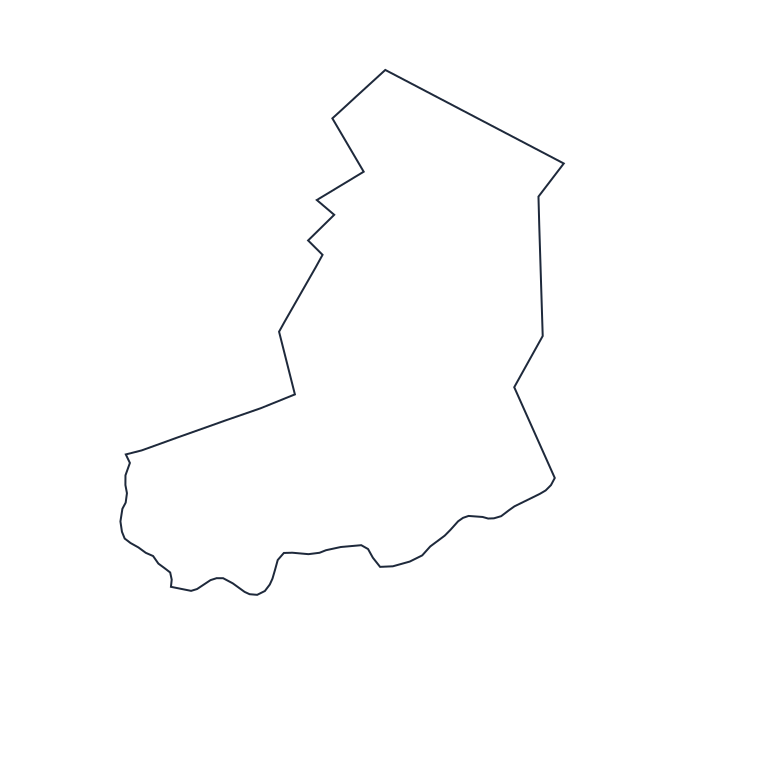 Lagoa do Piauí, Piauí, Brazil (Albers equal-area conic projection), rotated 118°
{"feature_id": "56859067B46301413815752", "entity_name": "Lagoa do Piauí", "entity_type": "district", "adm_level": 2, "iso_a3": "BRA", "parent_name": "Brazil", "parent_adm1": "Piauí", "projection": "albers", "projection_center": [-42.544, -5.453], "detail": "fine", "context": "isolated", "style": "outline", "palette": "slate", "viewbox_px": 768, "rotation_deg": 118, "n_neighbors": 0, "source": "geoboundaries", "source_scale": "gbopen_adm2", "svg_char_len": 1210}
<svg xmlns="http://www.w3.org/2000/svg" viewBox="0 0 768 768"><g transform="rotate(118 384 384)"><path d="M386.8,189.1L325.7,267.5L267.1,266.4L171.4,321.2L146.0,335.6L104.9,328.8L106.1,530.3L143.7,543.7L161.4,549.9L173.7,554.3L206.1,501.6L253.1,529.7L258.0,507.4L292.9,518.4L295.8,508.8L298.8,498.9L312.9,499.1L375.7,501.0L387.1,501.2L435.0,457.8L463.4,481.6L490.2,506.5L528.9,541.9L556.4,566.8L567.4,578.9L573.0,571.3L586.0,569.4L594.6,564.9L601.1,559.7L610.0,556.4L617.0,556.4L629.1,552.2L637.5,546.0L642.2,540.4L643.4,533.2L643.6,524.1L644.9,515.1L644.3,507.1L648.5,498.9L649.6,491.4L650.8,484.3L656.4,479.6L663.1,476.9L659.1,463.5L657.2,457.2L652.8,452.8L638.6,445.1L634.0,440.6L631.0,434.9L631.0,424.0L633.0,409.5L632.7,404.0L629.7,397.0L622.7,392.0L614.7,390.7L608.2,391.1L599.1,393.0L589.3,395.2L580.2,393.1L576.0,385.7L569.7,370.8L563.3,361.7L558.0,357.2L548.2,345.6L537.0,328.4L537.2,320.6L542.6,312.3L547.3,301.6L540.8,290.6L528.7,277.9L517.4,269.8L505.7,266.9L489.4,259.2L481.7,256.9L470.4,254.1L465.1,251.4L460.8,247.4L455.1,234.5L453.9,228.9L451.0,223.9L445.7,218.5L436.8,214.4L430.8,211.4L407.8,194.8L402.1,191.3L394.9,189.1L386.8,189.1Z" fill="none" stroke="#1e293b" stroke-width="2"/></g></svg>